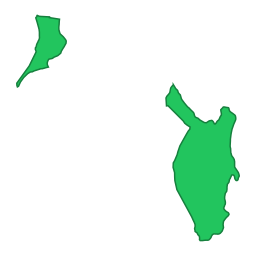 outline of Miri, Sarawak, Malaysia
{"feature_id": "92858781B82463401188704", "entity_name": "Miri", "entity_type": "district", "adm_level": 2, "iso_a3": "MYS", "parent_name": "Malaysia", "parent_adm1": "Sarawak", "projection": "natural_earth1", "projection_center": [115.075, 3.792], "detail": "fine", "context": "isolated", "style": "filled", "palette": "green", "viewbox_px": 256, "rotation_deg": 0, "n_neighbors": 0, "source": "geoboundaries", "source_scale": "gbopen_adm2", "svg_char_len": 3548}
<svg xmlns="http://www.w3.org/2000/svg" viewBox="0 0 256 256"><path d="M223.3,107.0L223.2,107.1L223.0,107.4L222.6,107.9L220.8,109.7L220.9,110.9L221.4,113.5L221.3,115.2L220.4,116.4L218.9,119.8L217.8,120.7L217.0,121.5L216.3,122.8L215.2,124.0L214.4,123.9L214.0,123.1L213.3,121.8L212.5,120.9L211.8,120.4L209.9,120.7L208.6,121.2L207.7,121.9L206.2,122.8L204.2,122.5L201.1,120.7L199.8,119.9L198.1,118.3L197.1,117.9L195.7,117.3L195.0,116.7L194.5,115.5L194.1,113.9L193.6,112.7L192.9,111.9L190.3,109.4L189.3,108.2L187.6,106.9L186.5,105.6L185.6,104.5L184.2,102.8L181.7,99.4L181.2,98.1L180.7,96.3L180.3,94.9L179.3,93.9L178.6,93.1L178.1,92.1L177.8,90.9L177.4,90.2L175.9,88.8L175.3,88.0L174.9,87.2L173.3,84.6L173.3,84.8L172.3,85.9L171.0,87.5L170.5,88.8L170.2,90.6L169.8,92.6L168.9,93.9L167.6,95.4L166.8,96.3L166.0,98.0L166.5,105.9L168.0,105.7L183.3,121.0L184.7,123.2L186.8,124.9L190.1,127.0L189.8,129.3L188.5,130.7L186.6,133.9L179.9,145.9L177.8,152.1L177.2,154.6L174.6,160.7L173.3,162.9L173.1,167.4L173.7,169.4L174.6,172.6L174.7,177.2L174.9,180.7L176.3,186.9L176.9,189.6L186.7,207.6L191.7,216.8L193.3,220.4L194.2,222.2L195.1,224.6L195.1,226.6L194.6,228.6L195.1,230.9L195.1,231.5L197.1,232.9L197.6,234.1L198.1,235.0L198.8,235.5L199.4,236.6L199.6,238.1L199.5,239.7L200.2,240.6L201.6,240.6L202.5,240.6L204.5,240.3L205.8,240.2L206.8,240.2L207.8,240.2L208.6,240.0L209.3,239.6L210.3,238.5L211.0,237.5L211.4,236.3L212.4,234.7L213.5,234.0L214.5,233.9L215.4,234.0L216.6,234.0L217.7,234.1L218.7,234.0L219.5,233.7L220.3,233.2L221.5,231.9L222.2,231.0L222.6,230.0L223.5,227.6L223.3,226.2L223.1,224.6L223.3,222.7L223.6,221.2L224.5,219.9L225.7,218.3L226.7,217.2L228.1,215.9L229.0,214.5L228.8,213.5L228.3,212.7L226.6,211.7L225.3,210.7L224.5,209.7L223.8,208.7L223.9,207.4L224.4,206.3L224.7,205.2L225.2,204.3L225.4,203.0L225.3,201.5L224.6,198.6L224.7,196.3L225.0,195.0L225.2,193.6L225.7,192.7L226.0,192.2L226.6,191.5L226.8,190.5L227.0,189.0L227.0,187.8L227.0,186.7L227.2,185.8L227.3,184.4L227.9,183.6L228.9,182.3L229.3,180.6L229.4,179.6L230.0,178.8L230.3,178.2L230.7,177.2L231.2,176.2L231.8,175.0L232.9,174.9L233.6,175.1L234.3,176.0L234.6,177.3L234.8,178.4L235.1,179.2L236.0,180.4L236.9,180.6L237.8,180.0L238.1,179.3L238.3,178.1L238.6,177.2L239.1,176.6L239.2,175.4L238.9,174.2L238.3,172.5L237.1,170.7L235.7,168.6L234.7,167.2L234.6,165.5L234.6,163.0L234.6,161.6L234.2,159.5L233.4,158.0L232.2,156.4L231.6,155.5L231.3,154.2L230.8,152.7L230.6,148.5L230.3,147.3L230.1,146.1L230.4,140.8L230.4,139.2L230.6,137.6L230.8,135.9L231.1,133.7L232.0,129.3L233.9,123.8L234.6,122.3L235.5,120.2L235.8,119.0L235.7,117.3L235.4,115.9L234.7,114.9L233.8,114.3L232.7,113.4L231.5,112.6L230.8,112.1L229.8,111.3L229.0,109.3L228.9,108.3L228.4,107.7L227.3,107.5L225.8,107.3L224.7,107.0L223.3,107.0ZM48.4,67.1L47.4,64.9L47.2,62.9L48.0,60.4L48.9,59.2L49.6,59.0L52.1,58.5L53.1,57.9L54.2,57.1L57.7,55.7L60.7,53.2L61.4,51.1L63.0,48.4L64.2,46.6L64.7,45.6L66.0,43.3L66.2,41.0L65.6,39.7L64.5,38.3L63.3,36.8L60.3,34.0L59.9,33.3L58.9,29.8L58.8,27.2L59.1,24.4L59.2,22.3L59.3,20.8L59.5,19.2L49.4,17.6L49.5,16.9L40.2,16.4L38.9,16.2L38.3,15.9L37.4,15.4L37.0,15.5L36.9,16.5L36.7,16.8L36.2,17.2L35.8,17.8L36.0,18.5L37.2,22.4L38.6,27.5L39.1,29.5L39.4,32.1L39.4,34.1L39.4,36.0L39.5,37.4L39.3,38.8L38.9,39.9L38.3,40.9L37.8,42.2L37.2,43.3L36.7,44.4L36.4,45.7L36.1,47.0L35.5,47.6L35.3,49.2L36.0,51.2L36.1,51.9L29.2,66.0L16.8,83.2L16.9,85.4L17.4,86.9L18.5,86.3L20.4,82.1L23.7,77.5L27.6,73.7L30.3,72.0L32.4,71.8L34.1,70.9L40.1,69.0L40.2,68.8L42.4,68.7L46.2,67.6L48.4,67.1Z" fill="#22c55e" stroke="#15803d" stroke-width="1.5"/></svg>